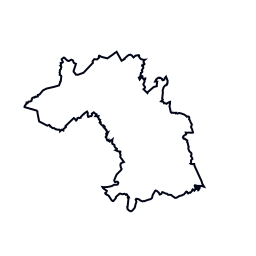 San Pablo Anicano, Puebla, Mexico (Albers equal-area conic projection), rotated 44°
{"feature_id": "50627088B54927007097368", "entity_name": "San Pablo Anicano", "entity_type": "district", "adm_level": 2, "iso_a3": "MEX", "parent_name": "Mexico", "parent_adm1": "Puebla", "projection": "albers", "projection_center": [-98.14, 18.141], "detail": "fine", "context": "isolated", "style": "outline", "palette": "ink", "viewbox_px": 256, "rotation_deg": 44, "n_neighbors": 0, "source": "geoboundaries", "source_scale": "gbopen_adm2", "svg_char_len": 5842}
<svg xmlns="http://www.w3.org/2000/svg" viewBox="0 0 256 256"><g transform="rotate(44 128 128)"><path d="M57.3,95.8L57.0,96.2L57.4,96.9L58.3,97.6L58.1,100.2L55.9,101.9L56.2,104.6L57.5,105.5L57.6,119.2L55.0,124.5L53.3,125.9L51.9,125.4L49.8,125.3L49.2,124.7L46.0,118.0L44.2,118.7L43.3,118.6L41.5,117.7L41.0,117.7L39.7,118.3L39.0,120.7L38.5,121.3L37.0,121.7L36.5,121.6L35.1,121.8L33.8,121.5L32.9,121.9L32.8,122.3L32.5,124.6L32.9,125.0L35.3,125.7L35.5,126.0L35.1,127.4L34.5,128.0L35.3,128.7L36.1,129.2L36.3,129.7L36.1,130.2L37.7,130.4L38.8,132.5L38.7,133.5L40.0,135.0L40.1,135.5L41.1,136.0L41.9,137.2L43.7,136.9L44.1,137.1L47.2,141.2L47.0,141.8L47.4,142.0L48.8,145.3L46.2,149.8L42.0,156.3L40.7,160.0L41.1,165.5L40.2,166.9L41.2,168.0L40.8,168.4L40.5,169.2L39.7,169.6L39.5,170.3L39.7,170.7L39.6,171.1L39.0,171.3L38.6,172.1L38.3,172.9L38.9,174.1L38.9,174.5L39.6,175.3L39.7,175.6L39.2,176.9L38.1,178.2L38.4,179.8L38.1,180.0L37.5,180.2L38.2,181.1L38.0,182.2L38.4,183.1L38.6,184.9L38.4,185.2L50.0,179.0L51.3,179.0L52.2,179.9L59.5,185.0L68.3,182.4L69.1,180.6L70.6,180.5L71.0,181.0L72.0,180.6L73.8,180.5L74.9,179.4L76.8,179.2L77.0,178.8L78.2,178.4L79.7,176.9L80.8,177.0L81.4,177.5L81.5,175.3L83.2,174.7L82.3,173.6L82.7,170.4L82.2,170.0L81.7,170.0L82.1,158.5L82.7,158.3L85.5,158.7L85.5,157.7L85.2,156.7L84.8,156.3L85.0,155.5L85.4,154.9L86.2,154.6L86.9,153.4L86.3,152.6L86.4,151.7L86.3,149.7L86.6,148.9L86.4,148.2L87.0,144.9L87.1,144.6L88.8,145.2L89.3,146.0L90.4,147.0L91.5,147.7L91.9,147.5L92.4,145.9L93.4,144.9L93.0,143.3L92.0,142.8L92.5,140.5L94.0,140.5L95.9,140.0L96.3,142.1L98.5,140.0L98.8,141.2L100.4,141.4L101.0,142.0L102.3,141.5L102.8,142.4L103.4,142.8L104.2,142.8L104.0,143.8L107.5,144.1L108.2,143.6L108.8,143.9L108.8,143.1L109.2,143.1L110.6,143.3L110.8,144.4L113.2,144.4L113.2,144.7L114.3,144.9L115.7,144.9L115.9,145.4L116.2,147.3L116.7,147.6L116.9,147.4L116.7,146.0L116.8,145.6L117.1,146.6L117.7,147.3L118.3,149.2L118.0,149.6L118.2,150.0L119.3,150.1L120.1,150.6L121.8,151.3L122.1,151.1L122.1,150.6L122.3,150.0L123.1,150.7L124.3,150.5L124.1,149.0L124.7,148.1L124.8,147.1L125.5,148.3L126.2,148.7L126.8,149.7L127.7,150.2L128.1,150.3L128.9,149.8L130.2,149.7L130.4,150.2L130.9,150.5L132.1,150.9L134.5,150.7L134.9,151.4L134.5,152.6L138.4,151.1L138.5,150.4L139.1,150.4L139.7,151.7L140.1,152.0L141.3,152.4L142.1,153.7L142.8,154.3L148.7,155.3L147.7,157.4L147.5,158.6L148.2,159.9L150.3,161.4L151.7,161.8L152.0,162.2L152.2,163.4L152.1,169.3L154.1,174.6L154.4,175.1L155.0,175.6L156.1,175.9L156.6,175.5L157.3,174.3L157.9,173.9L158.4,173.9L159.0,174.1L159.3,174.4L159.8,175.8L159.7,176.2L157.5,178.4L156.7,181.0L154.4,184.5L151.9,187.2L150.6,188.2L152.1,188.6L156.5,187.9L157.2,189.9L157.2,190.2L156.9,190.7L157.3,190.9L158.1,191.0L161.1,190.1L166.1,191.3L167.2,191.3L167.8,191.1L168.2,190.7L168.0,187.4L167.8,186.5L167.2,186.0L167.6,181.1L168.1,180.5L169.6,179.8L170.1,179.4L171.2,177.7L172.8,177.5L172.9,176.7L173.4,176.6L174.2,176.7L173.3,176.7L175.3,177.1L176.1,177.0L176.6,177.2L175.9,177.7L176.2,178.3L177.4,178.5L182.4,184.9L182.2,185.2L183.6,186.3L184.2,186.6L186.1,186.6L187.4,186.2L188.1,185.7L188.5,184.0L188.2,180.6L186.5,177.7L185.5,175.6L184.8,174.9L183.2,174.1L183.1,173.2L184.4,172.3L185.8,171.6L187.1,171.6L189.4,170.7L190.0,169.7L190.5,169.4L192.4,165.6L193.6,163.6L193.9,162.3L193.7,161.4L192.3,159.0L191.4,155.4L191.2,153.9L192.3,153.3L194.6,153.1L195.4,153.2L196.4,153.7L197.1,153.8L197.7,152.4L197.2,150.3L197.5,150.1L200.6,149.0L201.7,148.2L203.3,148.2L204.8,146.7L205.7,146.1L207.3,146.1L210.5,145.5L211.4,144.3L212.2,141.3L213.5,139.2L214.4,136.8L214.1,133.4L214.3,133.1L214.9,132.9L215.6,133.2L216.7,133.3L217.0,131.8L217.8,131.3L217.8,128.7L217.2,127.8L217.2,127.1L219.3,127.0L219.3,126.5L218.8,125.2L219.2,125.2L219.6,124.3L219.5,124.1L218.0,124.2L216.0,123.2L215.9,122.7L217.0,122.0L218.2,122.3L218.7,122.1L219.8,122.3L219.9,123.2L220.4,122.8L220.6,123.0L220.4,123.5L221.7,124.0L221.8,123.3L221.4,121.9L221.0,121.6L221.1,121.1L220.6,120.6L220.4,120.9L218.9,120.7L221.0,118.7L223.5,117.4L220.2,116.5L217.7,115.1L202.1,109.0L200.6,107.9L199.4,109.3L198.4,109.6L198.3,110.1L197.7,110.2L197.9,109.5L195.8,107.5L195.7,106.4L195.9,105.6L194.8,104.9L192.7,104.5L192.2,103.1L191.1,102.1L188.3,102.1L186.2,101.2L185.0,100.2L184.7,99.3L182.8,98.4L181.9,97.6L181.1,97.2L180.5,97.2L179.3,95.8L176.8,96.4L176.9,96.2L176.2,96.3L175.7,96.5L175.4,97.0L174.0,96.6L173.5,95.0L174.2,92.2L172.7,91.2L174.0,90.2L174.8,89.2L177.5,86.8L177.9,86.1L175.2,84.5L172.5,83.5L172.2,82.3L171.3,81.0L169.2,80.5L167.2,79.5L165.9,79.3L165.2,78.3L164.1,77.6L163.6,77.7L162.9,78.2L162.6,79.0L161.6,78.9L159.3,79.2L156.5,80.4L154.2,81.8L153.7,83.1L153.3,83.5L151.9,83.6L151.7,83.9L151.8,84.3L151.4,84.3L150.7,85.2L149.6,85.7L148.9,86.8L147.7,86.8L142.7,83.5L141.5,81.6L140.1,80.0L139.6,81.0L138.8,83.9L138.4,83.9L137.2,84.6L136.8,85.2L135.0,84.6L133.3,85.8L133.2,83.3L132.1,83.0L128.4,78.2L127.0,77.1L125.3,73.9L125.2,71.5L125.9,70.5L125.8,69.7L125.4,69.6L125.1,68.8L125.3,68.4L123.7,66.5L119.7,64.7L119.9,67.0L120.5,67.9L120.3,68.9L119.7,69.6L118.8,69.5L118.2,69.0L116.1,69.6L115.9,70.2L115.3,70.3L114.9,70.8L114.5,73.1L115.2,75.8L116.8,74.3L118.9,77.3L119.5,77.6L120.1,77.2L118.0,80.7L117.3,88.1L117.7,89.4L112.2,89.3L112.3,87.9L112.1,87.0L111.7,86.7L108.8,86.1L107.5,82.8L106.7,82.4L106.5,81.0L106.0,80.4L105.1,82.0L103.6,81.9L102.7,81.0L102.3,81.4L102.7,85.0L100.8,84.2L101.7,82.5L101.9,81.2L101.7,81.0L100.6,81.8L99.0,79.3L99.3,78.8L99.3,77.7L98.7,77.1L97.8,76.9L97.2,74.0L96.0,73.2L94.9,73.5L94.6,72.8L95.1,72.7L95.4,72.2L95.4,70.5L94.2,70.4L93.9,70.2L93.7,69.6L93.0,69.4L92.5,68.6L92.7,67.2L91.9,68.1L89.6,69.4L87.9,69.4L85.7,68.8L85.6,68.2L85.1,68.1L83.1,70.8L83.0,73.4L80.5,73.2L78.7,73.6L77.8,75.1L77.5,76.7L77.2,81.3L77.5,81.3L76.7,84.1L66.9,81.1L66.3,83.9L66.2,85.1L64.8,92.2L59.6,95.2L57.3,95.8Z" fill="none" stroke="#020617" stroke-width="2"/></g></svg>